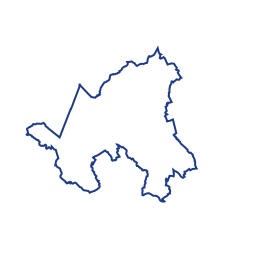 outline of El Arenal, Jalisco, Mexico, rotated 128°
{"feature_id": "50627088B54268846240144", "entity_name": "El Arenal", "entity_type": "district", "adm_level": 2, "iso_a3": "MEX", "parent_name": "Mexico", "parent_adm1": "Jalisco", "projection": "robinson", "projection_center": [-103.666, 20.759], "detail": "fine", "context": "isolated", "style": "outline", "palette": "blue", "viewbox_px": 256, "rotation_deg": 128, "n_neighbors": 0, "source": "geoboundaries", "source_scale": "gbopen_adm2", "svg_char_len": 5866}
<svg xmlns="http://www.w3.org/2000/svg" viewBox="0 0 256 256"><g transform="rotate(128 128 128)"><path d="M64.1,120.4L63.6,120.6L61.7,119.9L59.7,119.6L59.1,118.2L58.4,117.4L58.0,117.3L56.9,117.5L56.0,117.2L55.6,116.9L54.8,120.1L53.7,122.9L52.5,123.0L52.2,123.3L51.8,123.2L51.6,123.5L51.8,123.9L51.7,124.3L51.9,125.2L52.4,125.4L52.4,126.1L51.8,126.1L50.5,126.7L50.3,127.1L50.0,128.7L49.0,131.3L50.3,133.5L53.6,135.9L50.4,142.0L50.3,143.6L51.8,144.1L53.3,145.1L53.3,145.9L53.1,146.2L52.5,146.3L50.9,147.3L50.3,148.0L49.8,147.7L50.1,149.0L49.9,149.4L49.4,150.4L46.8,153.7L54.2,152.5L56.7,153.5L58.2,154.4L58.1,155.1L58.4,155.6L59.3,155.6L60.0,155.3L61.6,154.9L63.7,153.6L65.2,153.2L66.2,154.2L68.1,155.3L68.6,156.3L69.5,157.2L70.8,158.1L72.9,158.8L73.6,159.4L73.4,161.3L72.9,162.5L73.3,164.2L73.3,166.1L75.2,167.7L76.5,169.3L77.1,168.0L78.2,167.4L79.1,167.3L80.8,167.8L81.8,168.7L84.3,169.4L86.4,168.9L88.5,169.8L88.9,169.1L89.8,169.2L91.0,170.0L91.6,170.0L94.8,172.4L94.7,172.9L97.1,174.4L98.5,174.0L100.1,173.0L101.3,172.5L102.2,172.6L104.2,173.4L105.2,173.6L106.8,174.7L113.1,174.2L115.6,173.0L116.8,172.8L117.4,171.7L119.5,171.4L120.1,171.7L119.8,171.0L123.2,172.4L124.3,172.5L126.2,176.0L126.0,176.4L125.6,180.1L124.0,190.9L123.8,192.0L123.0,193.5L124.3,192.4L125.6,191.6L141.5,186.7L142.7,186.2L148.3,184.6L148.4,184.8L153.9,183.2L177.5,176.1L177.4,190.0L177.2,191.8L177.3,193.9L176.4,195.1L175.9,197.6L178.0,198.8L180.9,202.8L182.2,203.2L182.5,203.6L183.1,205.0L183.4,205.1L184.4,205.1L185.1,204.8L185.9,205.4L187.3,205.7L187.8,206.2L190.4,207.0L190.9,207.0L193.2,204.0L194.1,203.7L195.6,203.7L195.6,203.4L195.3,202.6L194.1,202.5L193.9,202.3L194.0,201.7L193.7,201.2L193.6,200.0L193.3,199.3L193.3,199.1L193.9,198.3L193.5,196.9L193.8,196.2L193.7,195.2L193.5,194.9L193.6,192.6L193.0,192.0L192.8,191.4L192.8,191.1L193.3,190.6L193.3,189.0L194.8,188.4L195.7,187.5L195.7,186.2L195.4,185.4L195.3,185.0L194.3,184.1L193.9,183.3L192.3,183.0L192.0,182.8L192.1,181.7L192.7,181.1L193.4,180.8L193.8,180.2L194.3,180.1L194.5,179.6L194.5,179.4L193.1,178.7L192.1,178.6L191.5,177.9L191.9,176.6L191.9,175.9L190.5,175.9L189.6,176.6L190.3,172.7L189.6,171.6L194.8,164.2L196.4,164.5L197.6,164.5L198.5,164.2L202.1,162.4L201.5,161.8L202.2,160.7L202.2,159.3L201.8,157.0L201.9,156.4L203.3,154.5L204.2,152.7L204.9,152.1L205.5,151.9L207.0,151.9L207.5,151.7L208.1,151.1L208.4,150.6L208.7,147.6L208.6,144.9L208.8,144.0L209.2,143.6L208.9,143.3L208.9,142.9L209.2,142.0L208.0,141.2L207.5,141.5L207.3,141.4L207.2,140.0L206.5,140.6L206.1,140.5L205.8,139.7L206.1,137.9L206.0,137.5L205.8,137.2L203.9,136.4L203.4,135.3L204.2,129.8L203.8,128.9L203.7,128.2L204.4,125.0L204.3,124.6L202.1,120.6L202.1,119.9L202.5,118.3L201.6,118.0L198.4,115.8L195.5,114.6L192.7,114.0L191.5,114.3L191.0,114.8L190.8,115.8L190.4,116.0L190.1,115.9L189.4,116.0L188.6,118.8L187.8,118.7L188.1,119.7L187.9,120.9L186.9,123.0L185.4,123.2L185.3,125.2L184.7,126.2L184.6,126.7L183.6,127.5L183.8,127.9L183.5,128.5L183.5,129.6L183.3,130.0L181.4,131.2L181.1,132.1L181.2,133.1L179.7,134.2L179.1,134.4L178.9,133.5L178.5,133.1L178.3,133.1L178.0,133.2L177.7,134.6L177.3,135.0L176.9,134.7L176.6,133.8L176.1,133.5L173.5,134.1L173.1,134.0L172.8,137.2L171.3,136.7L171.3,136.9L167.9,135.0L159.8,132.2L160.0,130.1L159.4,129.1L160.2,127.6L160.7,124.2L161.2,123.4L161.4,122.6L163.1,121.2L163.3,120.1L162.3,119.5L161.5,118.4L161.2,118.5L160.7,117.9L160.0,117.8L158.7,118.9L158.0,118.7L157.3,118.1L157.0,117.7L155.8,116.9L155.7,117.0L155.2,118.7L154.8,120.3L153.9,121.7L153.3,121.9L152.2,121.7L151.0,123.7L149.6,122.6L148.1,124.9L147.7,126.3L147.4,125.8L147.6,124.9L147.2,124.1L147.3,123.2L147.0,121.8L147.1,121.0L146.2,120.4L146.3,116.2L146.4,115.5L146.9,114.9L149.4,113.6L151.2,109.9L151.2,109.5L150.4,108.1L150.4,106.7L150.5,105.9L149.4,105.7L149.2,105.5L149.1,105.0L150.0,103.5L150.2,102.2L149.8,100.2L150.0,99.6L150.4,99.3L151.8,98.7L152.3,97.9L152.4,97.5L151.8,96.7L152.0,95.4L151.8,94.2L152.2,93.6L151.7,92.1L152.5,90.8L152.3,90.0L151.8,89.7L151.1,89.5L150.6,88.1L150.1,87.6L150.0,87.1L150.2,86.9L150.4,86.0L151.1,85.8L152.0,84.2L153.5,83.2L154.2,83.4L154.2,83.2L154.7,83.4L156.0,83.0L157.7,82.1L158.2,82.2L159.9,81.5L160.4,80.4L160.9,80.2L162.1,80.2L162.5,79.8L164.5,78.7L164.8,78.4L165.6,79.3L167.3,79.3L168.6,77.7L169.9,77.1L172.0,75.2L171.5,74.5L169.1,73.6L166.9,71.9L166.5,71.2L166.1,69.4L165.9,66.7L165.7,66.1L164.2,64.3L163.8,62.4L163.9,60.6L165.0,58.8L165.3,57.8L165.2,57.0L164.4,54.9L163.5,54.2L163.1,57.2L160.5,56.7L157.3,55.4L156.4,55.3L155.6,55.9L153.8,54.6L153.4,54.9L153.2,55.5L152.4,55.6L151.5,56.2L150.9,56.8L150.8,58.0L150.4,58.1L150.2,58.4L149.5,58.5L149.0,59.1L149.0,59.6L148.9,59.8L149.1,61.2L149.9,62.9L148.6,63.4L147.3,64.3L146.7,65.1L146.3,65.3L145.3,66.5L144.5,66.6L145.0,64.3L144.0,64.5L143.6,65.0L142.8,64.9L140.1,65.8L138.5,63.5L138.0,62.3L137.0,62.8L135.6,64.0L133.1,66.5L133.2,64.3L132.7,63.5L132.5,61.4L132.7,59.5L133.7,56.2L133.4,54.0L131.6,53.4L131.1,54.7L130.6,55.3L129.0,54.7L128.5,55.9L127.6,56.6L126.8,55.6L122.6,54.5L123.0,53.0L120.6,51.9L117.7,49.0L117.5,49.6L116.7,50.8L116.3,51.8L115.2,52.9L114.1,53.5L113.1,54.7L113.0,55.3L112.4,55.4L112.0,56.2L111.6,56.4L110.0,60.0L109.2,60.3L108.9,63.4L109.8,64.3L109.5,66.9L108.5,67.7L108.1,71.2L107.8,76.8L107.4,77.8L106.8,78.5L107.1,79.8L107.0,80.1L106.2,81.1L106.3,81.5L106.8,82.2L106.8,82.9L106.4,83.7L106.0,83.6L105.6,85.4L105.9,85.7L105.4,87.7L102.3,86.8L93.6,97.9L96.4,99.4L97.6,100.4L97.9,101.0L98.2,101.0L98.7,101.3L97.4,103.0L96.2,104.8L96.0,106.2L94.3,106.2L93.2,105.5L93.1,108.0L92.0,108.2L90.7,108.0L88.2,111.4L87.0,110.9L86.1,111.1L86.0,111.5L85.6,111.3L85.1,112.2L84.2,112.5L83.4,112.1L83.4,111.7L83.2,111.8L82.1,110.5L80.7,109.6L77.8,115.7L77.4,115.7L76.2,116.4L75.4,117.3L74.8,117.6L74.3,117.3L72.1,119.1L69.4,120.6L67.1,121.2L66.6,121.1L64.5,122.3L64.2,122.1L64.0,121.3L64.2,121.1L64.1,120.4Z" fill="none" stroke="#1e3a8a" stroke-width="2"/></g></svg>